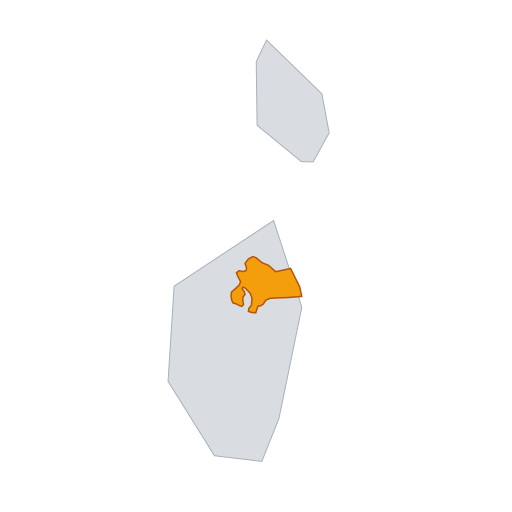 San Pawl il-Bahar highlighted on a map of Malta, rotated 57°
{"feature_id": "MLT-5926", "entity_name": "San Pawl il-Bahar", "entity_type": "state/province", "adm_level": 1, "iso_a3": "MLT", "parent_name": "Malta", "parent_adm1": "", "projection": "albers", "projection_center": [14.403, 35.938], "detail": "fine", "context": "in_parent", "style": "filled", "palette": "amber", "viewbox_px": 512, "rotation_deg": 57, "n_neighbors": 0, "source": "natural_earth", "source_scale": "10m", "svg_char_len": 1035}
<svg xmlns="http://www.w3.org/2000/svg" viewBox="0 0 512 512"><g transform="rotate(57 256 256)"><path d="M431.4,363.0L400.9,399.6L313.2,398.0L236.7,341.1L235.8,221.9L324.0,245.5L404.8,325.3L431.4,363.0ZM201.5,166.6L147.0,183.9L93.2,150.0L80.6,129.6L155.9,112.4L192.6,127.6L208.2,156.9L201.5,166.6Z" fill="#d9dde1" stroke="#a8b0b8" stroke-width="1"/><path d="M285.3,233.8L305.9,236.2L314.8,239.7L307.8,252.6L302.2,261.9L299.2,267.2L298.4,271.9L300.3,276.2L300.3,279.5L299.0,281.2L300.3,283.2L303.5,287.2L300.9,290.5L298.4,292.5L296.0,290.5L294.9,286.8L292.5,284.8L289.0,282.2L284.2,281.2L276.9,282.5L275.0,284.2L276.1,285.5L279.6,285.2L282.3,286.2L283.4,289.5L286.6,291.5L289.8,292.8L290.6,295.2L288.7,296.8L285.2,298.8L283.1,300.8L280.1,300.5L276.1,298.8L272.9,296.2L272.3,291.8L271.2,285.8L269.1,282.9L262.4,282.2L259.4,281.5L259.1,278.2L261.6,275.9L262.9,272.6L261.3,270.6L256.2,269.2L254.3,263.9L254.8,258.9L257.5,256.9L264.8,254.6L270.7,250.6L279.9,248.0L285.3,233.8Z" fill="#f59e0b" stroke="#b45309" stroke-width="1.5"/></g></svg>